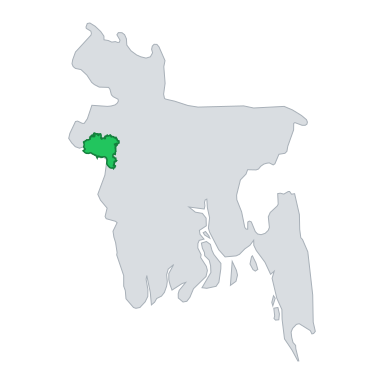 location of Rajshahi, Rajshahi, Bangladesh
{"feature_id": "16705992B51815672792645", "entity_name": "Rajshahi", "entity_type": "district", "adm_level": 2, "iso_a3": "BGD", "parent_name": "Bangladesh", "parent_adm1": "Rajshahi", "projection": "mercator", "projection_center": [88.705, 24.415], "detail": "fine", "context": "in_parent", "style": "filled", "palette": "green", "viewbox_px": 384, "rotation_deg": 0, "n_neighbors": 0, "source": "geoboundaries", "source_scale": "gbopen_adm2", "svg_char_len": 8688}
<svg xmlns="http://www.w3.org/2000/svg" viewBox="0 0 384 384"><path d="M123.7,286.1L123.7,275.6L116.7,254.9L117.1,252.6L115.6,242.6L113.9,237.1L113.0,231.2L117.1,222.7L115.5,221.3L106.2,218.7L105.1,216.5L107.1,208.1L100.5,200.2L97.8,194.3L104.9,175.1L106.7,161.7L106.2,159.1L101.8,156.1L94.1,154.9L88.7,152.4L85.5,148.6L82.8,147.1L79.5,148.2L75.3,146.7L71.7,142.9L68.7,138.4L69.9,133.3L75.5,121.5L77.6,121.1L82.4,123.4L84.2,123.4L87.4,118.7L91.9,105.3L107.5,106.4L111.2,106.0L115.1,104.9L117.2,103.2L118.4,101.1L118.0,99.2L113.2,96.7L111.4,94.8L110.0,89.4L108.6,87.4L99.2,87.1L94.4,84.6L91.7,82.4L86.9,75.1L81.0,69.6L75.4,68.4L73.2,66.6L72.0,63.8L72.7,59.7L75.5,52.0L91.0,35.1L91.4,33.2L90.8,31.1L86.3,28.4L86.0,27.0L87.3,23.5L89.9,23.0L95.2,26.3L100.7,31.5L103.9,36.1L104.0,39.8L108.2,40.5L111.8,42.1L115.4,41.6L117.8,42.5L119.4,42.2L120.0,40.1L116.9,34.8L118.4,32.6L122.0,32.7L124.6,34.7L126.4,38.8L126.8,45.1L131.0,50.8L136.5,54.9L140.8,56.8L146.0,58.1L150.4,56.8L152.6,52.8L151.6,49.3L152.3,46.1L154.1,44.3L156.9,44.4L159.0,46.9L165.0,60.6L163.8,66.7L165.1,83.3L163.6,94.2L164.5,98.4L165.6,99.1L174.7,101.2L187.9,105.5L198.0,107.1L243.7,105.9L253.6,108.0L284.1,106.4L292.4,109.9L301.5,115.5L306.5,119.7L307.4,122.1L306.9,124.2L305.2,125.3L302.1,125.3L294.9,122.6L293.7,123.4L293.6,129.9L287.8,146.2L286.9,151.3L284.9,153.3L278.9,154.3L274.9,163.8L273.2,164.9L269.3,162.9L266.8,163.2L263.8,164.1L260.7,166.3L258.5,169.0L256.1,169.9L247.6,169.7L246.0,174.1L240.4,179.9L236.6,195.1L236.8,199.7L241.6,211.8L244.8,227.5L246.1,229.1L247.7,229.2L247.8,222.0L249.3,221.1L251.3,221.9L255.3,231.6L257.6,234.0L261.1,234.7L265.2,233.3L268.2,230.4L269.4,227.4L268.3,216.8L270.2,212.5L277.1,206.1L278.2,204.2L277.7,193.6L280.3,193.2L283.8,194.1L288.3,191.5L289.6,191.5L291.5,194.2L294.6,193.7L299.4,214.7L299.7,229.5L300.8,237.7L302.5,239.5L307.8,251.8L312.7,294.9L313.2,322.1L315.3,331.4L313.6,333.5L311.9,333.9L310.3,330.6L299.2,323.7L296.4,324.4L292.6,328.4L291.1,332.1L291.7,337.4L293.0,342.5L295.6,345.4L295.8,348.7L298.8,360.9L297.9,361.0L291.9,349.9L284.5,338.9L282.1,319.3L281.9,309.6L276.8,298.2L272.1,278.3L274.2,271.2L270.6,274.3L265.0,262.3L256.3,250.5L253.8,245.3L253.7,240.2L249.9,245.3L244.8,248.9L239.5,254.3L236.1,255.9L225.1,256.9L218.7,249.7L209.6,232.1L208.4,228.1L209.6,217.7L207.4,207.8L206.8,199.1L205.2,199.9L204.5,202.3L204.9,205.9L204.2,209.0L188.9,207.0L195.4,212.2L202.4,213.4L206.1,218.1L206.3,225.8L199.4,230.4L200.0,234.3L204.0,239.1L199.2,240.4L197.9,243.5L197.8,248.0L201.1,254.7L200.6,257.4L206.3,266.3L207.4,270.5L206.0,276.5L193.5,288.7L189.9,297.3L186.8,301.3L183.0,302.0L178.3,298.0L178.2,293.8L179.2,290.4L185.7,282.4L182.2,283.5L172.0,290.1L170.1,284.8L168.8,279.8L168.8,273.6L173.7,264.5L168.2,269.1L166.6,274.8L167.3,281.5L166.6,286.2L164.4,292.4L161.5,296.1L156.7,298.5L154.6,302.2L151.4,304.9L150.3,292.4L146.8,275.5L146.1,279.2L147.9,289.6L147.8,296.4L145.2,301.8L139.9,307.5L135.9,308.3L133.5,307.5L126.0,298.8L125.3,290.6L123.7,286.1ZM216.1,286.3L206.8,288.3L202.0,287.7L210.9,272.5L210.6,265.7L209.2,260.2L204.7,255.7L204.5,252.6L202.4,248.2L201.4,243.1L206.4,241.5L210.4,244.4L211.9,250.2L213.9,254.5L220.9,263.4L220.8,268.9L218.9,282.2L216.1,286.3ZM236.0,281.3L230.4,285.4L232.2,261.4L236.4,270.3L237.5,275.1L236.0,281.3ZM257.8,269.4L255.3,271.1L253.0,269.6L250.0,264.0L251.5,256.8L252.4,255.8L256.0,263.1L257.8,269.4ZM278.8,319.8L275.5,320.1L274.0,318.4L274.7,316.0L273.8,308.2L277.9,307.5L279.4,313.9L278.8,319.8ZM275.2,298.2L272.8,305.9L271.8,302.4L273.5,295.7L275.2,298.2ZM208.8,235.7L209.8,238.2L204.6,235.0L203.2,232.7L205.5,231.5L208.8,235.7Z" fill="#d9dde1" stroke="#a8b0b8" stroke-width="1"/><path d="M113.5,168.7L113.8,168.0L114.1,167.6L114.4,167.6L114.7,167.6L115.1,166.5L115.6,166.4L115.2,166.3L115.2,166.2L115.4,166.0L115.3,165.9L115.2,165.7L114.5,165.8L114.6,165.6L114.3,165.5L114.1,165.6L113.9,165.5L113.5,165.5L113.6,165.1L113.8,165.0L114.0,165.0L114.2,164.7L113.8,164.3L113.9,164.1L114.2,164.0L114.4,163.5L114.3,163.3L114.1,163.3L114.1,163.1L114.2,162.9L114.3,162.7L114.1,162.5L114.1,162.2L114.1,161.9L114.3,161.5L114.5,161.4L114.4,161.9L114.5,162.0L114.7,161.9L114.9,162.0L115.1,161.8L115.4,161.8L115.6,161.6L115.5,161.4L115.5,161.2L115.9,161.3L116.1,161.3L116.3,161.1L116.4,160.6L116.6,160.5L116.4,160.3L116.0,160.1L115.8,159.5L115.6,159.3L115.8,158.2L114.9,157.9L114.5,158.1L114.4,157.8L114.4,157.6L114.1,157.1L113.8,157.0L113.7,157.0L113.6,157.4L113.2,157.4L113.2,157.0L112.9,156.7L112.9,156.1L113.0,156.1L112.8,155.2L113.1,154.9L113.2,154.4L113.4,154.2L113.6,153.9L113.8,153.9L113.9,154.0L114.0,154.1L114.3,154.2L114.2,154.0L114.5,153.9L114.7,154.0L114.9,153.8L115.1,153.8L115.3,153.9L115.4,153.0L115.1,152.7L115.3,152.3L115.6,151.4L115.8,151.3L115.7,151.1L115.8,150.6L115.7,150.3L115.5,150.2L115.6,149.6L115.5,149.4L115.8,149.0L115.7,148.8L115.3,148.5L115.4,148.2L115.6,148.2L115.4,147.4L115.2,147.3L115.2,147.2L115.4,147.1L115.4,146.7L115.6,146.6L115.8,146.7L115.9,146.0L116.0,146.0L116.2,145.9L116.3,145.9L116.5,145.6L117.0,145.8L116.8,145.6L117.0,145.3L117.1,145.2L117.1,144.9L116.9,144.9L116.6,145.1L116.3,145.0L115.5,145.2L115.5,144.9L115.3,144.7L115.0,144.7L114.8,144.9L114.6,144.8L114.6,144.7L114.8,144.6L114.7,144.3L114.8,144.3L115.0,144.1L114.9,144.3L115.1,144.3L115.5,144.4L115.4,143.8L115.7,143.7L116.0,143.7L116.3,143.5L116.7,143.4L116.8,143.3L117.5,143.6L117.8,143.8L118.2,143.2L118.4,143.2L118.7,143.1L119.0,143.0L119.0,142.8L119.0,142.5L119.0,142.0L118.9,141.7L119.0,141.0L118.8,140.9L118.5,141.2L118.4,141.1L118.2,141.1L118.1,140.8L117.8,140.7L117.7,140.5L117.6,140.8L117.4,140.7L117.4,140.3L117.1,140.1L117.1,139.7L116.9,139.3L116.9,138.9L116.8,138.7L116.6,138.8L116.3,138.3L116.2,138.0L116.1,137.4L115.5,137.4L115.1,137.7L115.1,137.8L114.7,137.4L114.5,137.5L114.6,137.8L114.4,137.8L114.2,137.5L114.2,137.3L113.7,137.2L113.7,136.9L113.5,136.7L113.2,136.6L112.0,136.5L111.8,136.9L111.5,136.9L110.9,136.6L111.0,136.2L111.0,135.6L110.6,135.5L110.6,135.3L110.4,135.0L110.2,134.9L109.6,135.4L109.0,135.7L108.9,135.9L108.7,136.0L108.4,136.0L108.0,135.8L107.5,135.4L107.2,135.1L107.0,135.4L106.9,135.8L106.9,136.1L106.5,136.1L106.3,136.5L106.2,136.5L106.0,136.4L106.0,136.0L105.7,136.0L105.3,136.3L105.1,136.3L104.9,136.7L105.1,136.8L105.1,137.2L105.0,137.4L104.8,137.4L104.7,137.6L105.1,137.7L105.1,138.0L105.3,138.1L105.3,138.3L104.8,138.2L104.7,138.5L104.5,138.3L104.6,138.1L104.5,137.9L104.5,138.1L104.3,138.0L104.2,137.9L103.9,138.1L103.3,138.1L103.1,138.2L103.0,138.4L102.7,138.4L102.6,138.6L102.4,138.6L102.4,138.2L102.2,138.1L102.0,138.7L101.7,139.0L101.3,138.7L101.5,138.5L101.3,138.5L101.2,138.4L101.5,138.2L101.2,138.1L100.8,137.4L101.0,137.1L101.1,136.4L101.2,135.9L101.0,135.6L100.9,134.4L100.7,134.0L100.4,133.8L99.9,133.9L99.7,134.1L99.2,134.2L99.2,134.6L99.1,134.9L98.8,135.1L98.4,135.5L98.0,135.2L98.6,134.4L98.6,134.2L98.3,134.3L98.0,134.1L98.1,133.9L97.8,133.8L97.6,133.8L97.4,133.9L97.1,133.8L96.7,134.1L96.4,133.8L96.1,133.9L95.7,133.6L95.3,133.7L95.2,133.6L95.2,133.4L94.5,133.0L94.3,133.0L94.1,133.1L94.1,133.5L93.7,133.6L93.6,133.8L93.7,134.0L93.6,134.4L93.7,134.7L93.3,134.9L93.4,135.0L93.2,135.3L92.9,135.0L92.6,135.0L92.4,135.1L92.1,135.0L91.8,135.4L92.3,135.7L92.8,135.9L92.9,135.7L93.2,135.4L93.7,135.5L93.8,135.3L94.2,135.4L94.4,135.2L94.8,135.2L94.8,135.7L94.3,135.6L94.3,136.1L93.9,135.9L93.6,136.2L93.8,136.4L93.8,136.7L93.6,136.7L93.2,136.5L92.9,136.5L92.4,136.4L92.3,136.6L92.0,136.6L91.9,136.5L91.9,136.4L91.5,136.3L91.2,136.1L90.8,136.1L90.7,136.2L90.8,136.6L90.7,137.0L90.2,136.9L89.9,137.1L90.0,137.2L90.5,137.5L90.4,138.0L90.0,138.0L89.9,138.1L89.8,138.7L90.1,138.9L90.1,139.1L89.7,139.1L89.4,139.5L88.8,139.6L88.7,139.8L88.3,140.0L87.9,140.0L87.8,139.8L87.3,139.8L87.2,140.0L87.2,140.3L87.1,140.1L86.9,140.1L86.8,139.8L86.7,139.8L86.5,140.0L86.5,140.3L86.1,140.6L85.9,140.8L85.3,140.7L85.0,141.3L84.5,141.8L84.2,141.8L83.9,141.7L83.8,141.8L83.9,142.1L83.6,142.1L83.6,142.4L84.0,143.5L84.2,144.6L84.1,145.6L83.7,146.2L83.8,147.0L84.0,147.1L84.0,147.3L84.1,147.5L84.3,148.1L85.2,149.0L85.0,149.5L84.6,149.6L83.1,150.8L84.1,151.7L84.4,152.0L85.0,152.6L85.9,153.1L86.6,153.3L87.1,153.3L87.8,153.3L88.3,153.4L88.6,153.4L89.5,153.1L89.9,152.8L90.5,152.7L91.4,153.0L92.3,153.7L93.3,154.3L94.0,154.4L94.6,155.1L95.2,155.1L95.7,155.0L97.2,158.0L97.8,156.1L98.9,156.2L98.9,156.9L99.3,156.9L99.9,157.0L99.9,156.7L100.8,156.7L101.1,157.3L101.3,157.1L102.2,157.0L102.2,157.3L102.4,157.3L102.7,156.8L104.6,156.7L105.2,156.9L106.3,157.7L106.8,159.0L107.0,159.6L106.9,159.9L107.1,160.3L106.8,162.2L106.8,162.8L106.7,163.8L107.0,163.9L107.5,165.0L108.0,165.7L109.5,167.3L110.1,167.7L111.2,168.1L112.2,168.0L112.6,167.8L113.5,168.7Z" fill="#22c55e" stroke="#15803d" stroke-width="1.5"/></svg>